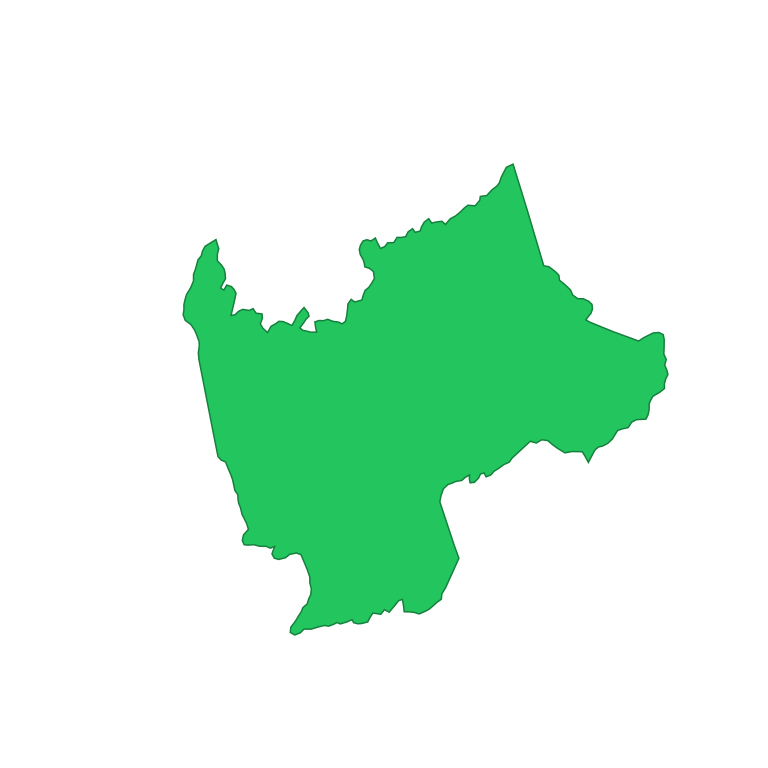 Imbituva, Paraná, Brazil (Albers equal-area conic projection), rotated 219°
{"feature_id": "56859067B92687138027542", "entity_name": "Imbituva", "entity_type": "district", "adm_level": 2, "iso_a3": "BRA", "parent_name": "Brazil", "parent_adm1": "Paraná", "projection": "albers", "projection_center": [-50.641, -25.225], "detail": "fine", "context": "isolated", "style": "filled", "palette": "green", "viewbox_px": 768, "rotation_deg": 219, "n_neighbors": 0, "source": "geoboundaries", "source_scale": "gbopen_adm2", "svg_char_len": 3915}
<svg xmlns="http://www.w3.org/2000/svg" viewBox="0 0 768 768"><g transform="rotate(219 384 384)"><path d="M465.4,500.1L470.0,496.0L469.9,491.2L472.1,487.1L478.6,489.9L482.6,492.0L484.1,487.0L488.2,485.3L490.3,481.9L489.6,477.0L487.8,472.9L483.8,469.6L478.6,467.6L475.6,465.6L472.6,463.0L468.1,464.7L462.9,464.7L457.8,459.8L457.0,454.3L456.6,449.4L457.6,445.0L456.0,439.9L454.0,435.3L458.4,429.3L462.8,429.1L462.4,423.5L459.4,419.1L455.7,413.2L453.4,408.3L454.5,404.3L458.2,403.6L462.8,400.7L468.5,398.8L470.8,395.2L474.5,392.4L476.8,388.8L472.4,384.6L469.0,382.0L473.3,378.3L477.6,376.3L481.0,374.6L484.7,374.7L484.9,380.8L485.4,385.5L484.9,389.5L487.9,391.6L494.3,393.1L494.6,388.0L494.7,382.4L493.3,377.1L492.4,371.4L497.0,370.4L501.7,369.0L505.1,366.6L506.1,362.8L508.1,357.7L506.9,350.7L513.2,351.1L517.9,352.9L519.9,358.6L522.9,361.7L528.0,358.5L533.2,360.2L535.0,356.4L540.7,353.1L542.8,349.0L543.3,344.1L546.0,341.0L552.5,354.4L556.0,361.3L560.0,363.1L563.9,363.7L568.5,361.9L567.5,356.2L571.4,355.8L572.5,360.5L573.4,366.0L576.9,369.8L580.4,372.6L585.0,374.1L591.1,374.9L595.1,379.9L597.6,385.2L601.0,387.4L605.5,390.5L607.3,385.4L609.7,378.4L608.7,373.0L606.6,368.4L606.7,363.5L602.8,354.6L601.0,349.3L596.9,344.2L594.8,337.0L593.8,329.3L591.7,324.3L589.4,319.7L586.2,315.8L583.7,311.4L578.5,308.4L571.4,308.7L565.1,306.7L560.9,304.5L554.4,300.6L551.7,297.6L548.0,291.5L543.4,286.7L481.5,234.9L467.3,223.1L462.6,222.4L458.1,223.7L451.6,220.1L445.2,216.7L441.2,214.2L436.8,210.6L432.9,207.4L427.8,205.9L424.9,202.5L421.8,199.8L417.8,197.6L412.2,193.3L407.0,191.0L402.6,188.9L397.9,185.7L398.2,178.3L395.6,173.2L391.5,171.1L388.2,173.3L384.0,177.2L378.6,179.6L373.4,183.7L369.0,184.9L366.8,188.9L364.1,181.4L359.6,179.6L355.4,181.4L351.2,187.0L350.1,192.3L345.6,197.6L341.0,199.1L326.7,191.4L320.1,187.2L316.5,182.8L311.6,179.1L308.3,174.1L307.4,169.9L305.3,164.8L306.3,159.2L304.9,154.6L304.5,150.0L303.8,145.9L303.5,141.9L303.4,136.5L300.5,131.9L295.4,132.8L292.4,138.1L292.0,143.1L286.2,147.8L282.3,153.6L278.4,158.8L274.6,161.0L271.9,165.5L270.4,169.0L266.9,170.1L262.8,176.2L260.6,180.7L257.3,179.4L253.4,181.2L250.7,183.7L246.9,188.8L247.9,193.6L248.5,198.9L244.8,201.2L241.6,203.0L241.6,208.9L236.4,209.9L236.2,218.7L236.3,224.8L234.1,228.2L228.8,223.5L225.0,219.7L219.9,223.6L216.4,225.7L212.0,227.4L208.8,233.5L207.0,238.0L206.1,243.5L205.4,247.7L204.0,252.8L207.0,257.4L207.9,264.3L216.1,295.7L228.2,303.0L266.5,327.6L269.5,333.3L271.9,340.0L271.0,346.2L268.9,349.5L266.9,353.4L262.8,358.1L262.2,362.3L260.3,367.1L258.0,364.0L254.9,361.4L251.9,364.4L251.3,370.4L252.4,374.8L250.2,377.8L246.2,376.1L243.8,380.5L243.5,385.6L241.8,390.5L240.1,396.9L237.5,402.0L237.8,407.3L234.3,431.5L228.5,434.0L226.3,439.9L221.1,443.1L215.7,442.9L209.2,443.2L204.9,443.7L200.0,444.4L195.7,449.5L191.6,452.8L187.3,456.1L182.8,454.6L175.8,451.7L177.8,461.4L178.5,465.8L177.6,470.1L175.2,473.1L172.8,478.5L171.9,484.7L173.2,494.9L170.7,498.9L166.8,503.8L167.5,510.2L165.4,515.1L158.3,521.6L159.5,526.5L161.7,530.7L165.5,535.6L166.6,539.4L167.3,543.6L164.4,551.6L163.2,557.0L166.2,560.6L168.3,565.4L169.3,570.0L173.1,572.9L177.7,575.3L180.1,580.7L185.4,583.4L188.8,588.0L194.2,594.9L198.1,598.1L202.8,597.0L206.9,593.1L209.3,587.9L211.5,583.0L213.1,577.7L239.0,568.8L263.3,561.5L267.5,560.9L267.7,565.0L267.6,569.0L269.2,573.6L272.5,576.8L276.9,577.1L282.7,575.7L287.2,572.2L293.4,571.9L298.3,574.5L306.4,575.1L313.0,575.1L316.4,578.5L320.8,579.1L325.2,579.1L329.8,578.9L334.2,576.4L381.7,609.0L422.1,636.1L425.3,629.4L423.2,619.2L420.9,612.6L420.9,608.6L422.3,602.9L422.8,595.0L427.2,590.4L425.2,587.0L425.3,579.8L431.3,575.7L432.4,570.9L432.8,566.5L434.2,559.5L436.5,554.2L436.7,546.7L441.4,546.9L445.4,542.7L448.2,539.1L453.3,540.6L454.6,535.1L453.7,529.6L452.2,525.7L455.2,521.5L459.5,522.7L461.0,517.5L459.9,512.0L463.1,508.5L466.1,506.2L465.4,500.1Z" fill="#22c55e" stroke="#15803d" stroke-width="1.5"/></g></svg>